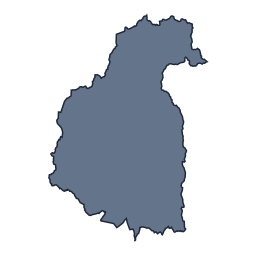 Huaytara, Huancavelica, Peru (Equal Earth projection)
{"feature_id": "86281439B71606603555549", "entity_name": "Huaytara", "entity_type": "district", "adm_level": 2, "iso_a3": "PER", "parent_name": "Peru", "parent_adm1": "Huancavelica", "projection": "equal_earth", "projection_center": [-75.141, -13.636], "detail": "fine", "context": "isolated", "style": "filled", "palette": "slate", "viewbox_px": 256, "rotation_deg": 0, "n_neighbors": 0, "source": "geoboundaries", "source_scale": "gbopen_adm2", "svg_char_len": 5733}
<svg xmlns="http://www.w3.org/2000/svg" viewBox="0 0 256 256"><path d="M159.5,21.3L160.0,24.4L159.6,25.2L158.0,25.4L157.5,24.8L156.2,24.4L155.7,25.3L154.5,24.5L152.5,24.6L151.8,23.4L151.3,23.1L150.7,21.7L149.5,20.7L148.7,20.9L147.9,20.6L147.3,20.1L146.9,18.9L147.0,17.6L146.7,15.4L146.3,16.0L145.3,16.0L144.1,16.4L143.1,17.6L142.8,18.6L141.1,20.6L139.8,20.2L138.3,21.4L136.8,23.9L136.5,25.6L136.2,25.9L135.6,26.0L135.2,26.4L134.6,26.0L131.7,27.8L128.8,29.1L127.6,28.9L126.9,27.7L126.0,27.2L125.5,27.2L125.0,28.0L125.0,29.4L124.5,31.3L116.4,34.3L116.1,42.4L116.5,44.4L117.0,45.8L115.3,47.2L115.2,48.3L113.8,49.2L111.8,52.9L110.1,54.4L109.8,56.5L109.0,59.6L109.1,60.2L109.9,61.4L109.9,61.9L109.2,64.3L108.2,66.0L107.8,67.6L107.9,69.1L107.2,69.2L106.4,69.8L106.0,71.2L105.0,73.2L104.9,73.6L105.3,74.2L105.4,74.7L104.5,76.5L104.1,76.8L103.6,76.7L102.1,77.5L101.3,78.3L101.0,78.1L100.5,76.8L99.1,75.6L97.5,74.8L95.1,74.8L94.9,75.4L95.0,77.1L93.9,78.9L93.5,80.9L92.6,81.4L92.4,81.8L92.7,83.4L92.2,85.8L91.1,87.0L90.1,87.2L89.0,88.1L87.0,88.4L85.7,86.2L84.8,86.3L83.0,87.3L81.4,86.7L80.6,86.8L79.5,87.1L78.5,88.6L77.3,89.0L76.4,89.7L75.7,89.6L74.4,90.1L72.8,89.8L71.8,90.3L71.2,90.2L71.4,92.0L71.1,93.1L71.2,94.8L71.0,96.0L69.2,97.1L68.3,98.1L67.1,98.1L64.6,101.2L60.8,112.4L59.9,112.4L59.5,112.0L58.5,112.0L58.3,117.7L57.9,118.8L57.0,119.9L56.8,120.9L57.2,122.8L57.7,123.8L61.2,127.6L62.1,129.8L62.7,132.4L62.1,137.2L61.4,136.7L60.8,136.6L60.1,138.2L59.9,139.7L58.8,139.6L58.3,140.9L57.4,141.9L57.1,143.9L57.4,144.9L57.0,145.6L57.0,146.8L55.8,147.8L55.6,148.6L55.2,149.2L55.4,150.6L54.8,152.4L54.5,152.9L53.8,153.2L52.3,152.7L50.9,154.0L51.9,155.7L53.0,156.2L53.8,156.9L53.4,159.1L53.7,160.6L53.1,161.4L53.6,163.9L54.0,164.3L54.6,164.3L55.5,164.8L55.9,168.5L55.9,169.6L55.7,170.0L54.3,170.8L54.0,172.2L53.1,172.9L52.8,173.5L51.5,173.8L51.2,174.4L49.4,174.8L49.2,175.4L49.2,176.2L48.9,177.8L50.1,180.0L50.0,181.7L50.7,183.5L51.7,184.1L51.6,185.1L52.2,185.8L53.5,185.4L53.8,185.6L55.2,184.9L56.4,184.9L58.3,186.6L58.9,187.5L59.5,187.7L59.7,188.6L60.5,188.3L63.2,190.7L63.9,190.5L64.0,191.0L64.4,191.2L65.8,190.6L66.0,189.9L66.4,189.9L66.8,190.3L67.4,189.5L67.9,190.1L68.4,189.9L69.3,190.4L69.6,191.2L71.3,191.4L72.8,193.1L73.8,193.7L74.5,194.5L74.8,195.9L75.6,196.8L76.2,198.2L76.8,198.6L77.8,198.5L78.1,198.8L80.2,202.6L84.0,204.6L84.0,207.4L85.0,209.3L84.6,210.1L85.4,211.0L85.9,212.2L89.1,215.2L90.8,215.4L92.4,214.6L96.5,213.7L97.9,213.0L99.0,213.5L99.6,212.7L102.2,210.6L104.0,211.4L104.3,212.1L105.3,211.8L105.5,212.4L104.5,214.8L102.9,216.7L102.4,217.8L100.6,220.1L101.0,220.9L113.2,223.4L113.9,223.8L116.8,227.6L119.5,225.7L123.3,222.6L124.4,220.5L126.4,218.5L127.2,222.5L129.8,229.6L133.0,229.2L134.0,231.2L134.4,233.2L134.2,235.7L135.1,239.1L134.8,240.6L135.0,240.6L135.5,240.0L135.6,237.2L136.9,235.4L137.3,234.2L138.6,233.4L139.8,229.4L139.7,227.7L140.1,227.3L140.7,227.5L142.1,226.8L145.4,227.5L146.7,228.1L147.1,227.9L147.7,228.1L149.0,228.0L151.9,230.7L153.4,230.9L154.3,232.7L155.2,232.1L156.1,232.0L157.5,233.7L159.8,232.1L160.4,232.0L161.4,233.0L161.8,234.3L162.4,234.7L164.1,230.6L165.3,229.3L165.4,228.4L166.9,227.9L168.4,226.4L168.7,226.8L169.0,228.0L169.7,228.4L170.7,228.0L171.6,227.3L171.8,228.1L173.0,229.7L173.9,231.6L174.4,232.1L175.4,231.9L176.9,230.9L177.6,231.3L178.8,230.8L180.0,231.4L180.8,230.7L182.0,231.6L182.8,231.4L183.5,231.6L184.5,230.8L185.6,229.2L185.5,228.7L184.8,228.2L184.5,227.4L184.2,221.3L183.1,221.2L182.5,219.4L182.3,217.8L181.4,215.4L182.3,210.7L182.2,210.2L181.1,208.8L182.0,207.1L182.9,207.4L183.8,207.3L184.1,206.2L182.9,202.5L182.7,199.3L181.1,194.8L181.0,193.9L182.3,190.3L182.6,187.7L181.5,187.0L181.2,186.4L181.2,185.6L181.6,183.5L184.2,180.7L184.5,178.7L185.1,177.2L185.4,172.7L184.0,167.9L182.7,165.9L182.4,164.3L182.3,162.0L182.5,161.6L184.2,162.1L185.1,161.4L184.3,159.2L185.5,155.9L185.3,153.8L186.5,151.1L186.4,150.5L184.9,148.0L183.4,147.0L182.9,145.1L183.0,141.6L183.4,140.8L183.0,138.8L183.1,136.2L182.4,134.4L182.3,132.6L181.9,130.9L182.1,129.7L183.0,128.8L182.4,126.2L183.4,123.4L183.6,121.4L182.9,119.7L182.6,117.3L182.1,115.9L180.2,111.9L180.1,110.3L178.8,107.9L178.0,107.5L176.3,105.3L175.1,105.6L173.8,105.0L173.3,104.5L173.2,103.3L172.5,102.8L171.9,101.9L172.1,100.0L171.1,99.0L170.7,97.9L170.7,97.0L169.5,96.0L169.2,94.4L168.2,93.0L167.2,92.4L166.5,91.6L165.9,91.3L164.6,91.4L163.7,90.7L163.6,90.3L162.1,90.1L161.5,89.6L161.3,87.7L161.7,86.9L161.8,85.9L161.5,84.3L161.5,83.4L161.0,82.7L161.1,81.4L161.3,80.9L162.2,79.8L162.6,78.3L163.0,77.6L162.7,74.9L162.2,73.1L163.5,71.0L163.9,69.8L165.4,68.6L165.9,67.2L166.9,65.4L168.2,65.0L168.9,64.1L170.8,63.7L173.1,64.4L175.0,64.4L175.7,64.1L177.2,64.6L181.0,62.5L182.3,62.5L183.8,62.1L184.9,61.0L184.7,59.4L184.8,58.4L185.6,57.2L186.8,58.0L188.0,60.2L189.1,60.5L189.5,61.6L189.2,63.6L189.9,64.6L190.9,65.7L192.0,65.7L192.6,66.1L195.8,66.0L197.1,64.7L197.7,63.6L199.2,63.1L200.4,63.2L202.2,64.1L203.2,63.1L204.7,63.2L206.1,62.1L207.1,61.7L204.1,59.2L203.5,59.5L202.8,59.2L201.3,57.8L201.2,57.2L201.5,56.7L201.5,56.1L200.6,55.3L200.6,53.6L200.3,53.1L200.2,52.2L199.4,49.7L198.8,49.6L198.4,49.0L197.5,48.4L196.6,49.2L195.5,49.6L194.7,49.4L193.4,49.7L191.8,48.9L191.6,46.7L191.1,44.9L191.3,43.6L192.2,42.0L191.7,38.8L190.5,35.8L191.4,34.8L191.2,33.6L191.9,32.8L192.1,32.0L192.1,28.9L193.0,27.8L192.1,26.5L192.3,25.2L192.2,24.3L191.8,23.7L190.7,23.7L189.9,23.1L189.0,22.8L187.8,23.4L187.2,22.4L186.4,21.8L186.1,20.7L185.5,19.8L184.7,20.0L182.0,18.9L181.1,19.4L180.8,20.7L180.2,21.2L179.2,21.5L178.3,21.4L177.7,20.6L176.8,20.6L174.5,19.3L173.8,17.5L173.8,16.8L172.0,15.9L170.7,16.5L169.7,18.3L166.0,20.1L164.5,19.9L163.9,19.4L162.7,19.4L162.3,20.1L162.3,20.9L159.5,21.3Z" fill="#64748b" stroke="#1e293b" stroke-width="1.5"/></svg>